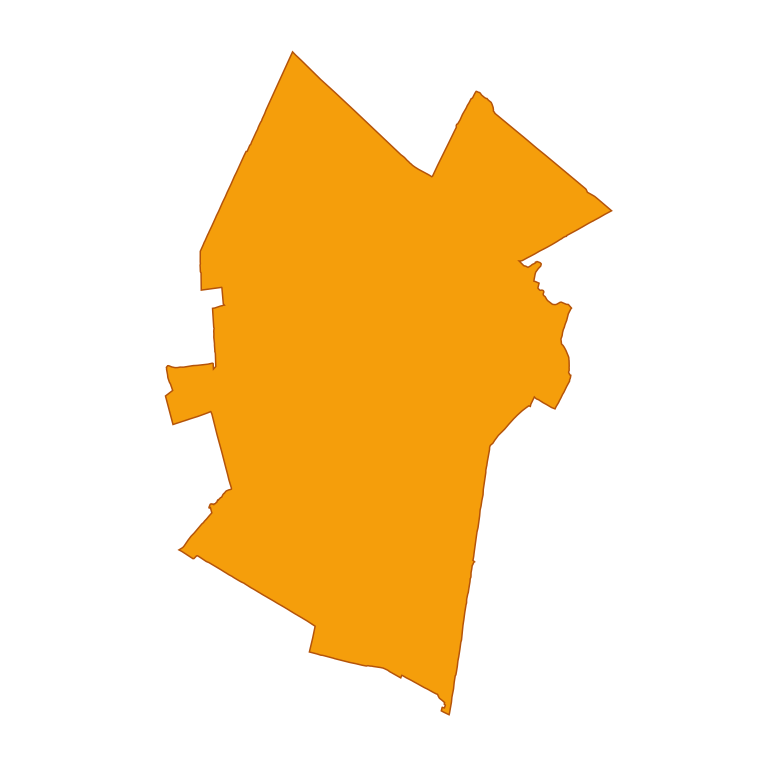 the district of Punghina, Mehedinti, Romania, rotated 93°
{"feature_id": "2599482B36454738033803", "entity_name": "Punghina", "entity_type": "district", "adm_level": 2, "iso_a3": "ROU", "parent_name": "Romania", "parent_adm1": "Mehedinti", "projection": "robinson", "projection_center": [22.945, 44.308], "detail": "fine", "context": "isolated", "style": "filled", "palette": "amber", "viewbox_px": 768, "rotation_deg": 93, "n_neighbors": 0, "source": "geoboundaries", "source_scale": "gbopen_adm2", "svg_char_len": 6134}
<svg xmlns="http://www.w3.org/2000/svg" viewBox="0 0 768 768"><g transform="rotate(93 384 384)"><path d="M568.3,564.7L565.6,562.3L565.3,561.8L565.3,561.3L566.2,559.5L570.6,552.1L571.5,549.5L578.2,536.8L579.9,533.8L580.8,532.1L582.6,528.9L584.1,525.6L584.9,524.4L587.6,519.3L589.1,516.3L590.4,513.0L590.9,512.4L594.4,506.2L595.6,503.7L601.0,493.6L606.5,482.8L608.3,479.5L612.1,472.0L617.8,461.5L624.4,448.8L629.5,440.1L641.3,441.9L655.5,444.5L657.2,436.3L658.1,433.0L658.2,431.0L660.5,420.0L660.8,419.1L663.9,403.4L664.8,397.4L666.0,391.0L666.5,387.3L666.5,386.6L666.1,385.3L666.4,383.3L666.4,381.2L666.6,380.3L667.3,372.8L667.7,370.2L668.3,368.5L669.6,365.3L670.9,363.4L676.6,351.9L674.0,351.0L674.3,350.0L675.3,348.1L676.2,346.4L678.3,341.7L685.1,327.8L686.3,324.9L689.3,318.8L690.7,315.7L691.1,314.3L693.2,313.3L694.9,312.2L696.8,309.5L699.0,306.8L700.6,307.1L701.5,305.9L704.3,306.7L704.2,307.5L703.8,308.6L703.9,309.0L707.4,309.7L708.4,307.6L710.9,301.7L709.6,301.4L698.2,300.0L693.2,299.8L684.9,298.6L678.4,298.3L671.7,297.6L670.7,297.0L667.6,296.6L662.0,296.0L656.7,295.7L652.6,295.1L644.7,294.3L638.4,293.8L637.6,293.7L635.6,293.2L620.8,292.5L614.8,291.9L608.2,291.4L599.9,290.5L598.9,290.2L598.0,290.1L595.4,290.2L594.0,290.1L589.5,289.4L587.7,288.9L585.1,288.7L577.0,287.8L573.9,287.7L572.7,287.2L572.0,287.1L570.1,287.1L568.1,287.2L564.2,286.7L560.5,286.4L559.7,285.8L558.7,285.6L557.4,284.9L556.9,284.5L556.8,284.3L555.4,286.0L554.0,285.7L551.4,285.4L548.2,285.2L526.9,283.4L522.6,282.6L510.8,281.6L504.7,281.4L500.8,280.7L495.4,280.2L489.5,279.3L484.0,279.3L467.2,277.7L464.8,277.8L461.1,277.3L460.2,277.1L456.6,276.8L444.2,275.2L441.5,275.2L440.3,274.8L439.7,274.6L437.5,272.2L434.6,270.6L429.3,267.1L422.7,261.1L417.7,257.3L412.0,252.7L408.0,249.1L403.4,244.5L400.4,241.0L398.2,238.2L398.7,236.7L396.5,236.3L389.1,233.2L390.0,232.2L390.8,231.1L391.3,230.0L391.4,229.2L394.3,224.2L395.9,220.8L398.7,215.5L399.9,211.9L397.5,210.9L393.4,208.7L391.4,207.9L388.4,206.5L385.2,205.2L382.8,203.9L377.0,201.5L371.6,198.9L371.1,198.8L370.1,198.9L369.0,198.4L367.5,198.1L365.5,197.9L365.3,198.4L365.3,198.7L365.0,199.0L364.3,199.3L364.0,199.7L363.7,199.7L362.8,200.2L362.0,200.2L360.9,199.8L358.7,199.9L358.0,200.0L356.3,200.0L351.0,200.4L350.2,200.6L348.2,200.8L347.2,201.1L341.1,204.0L337.8,206.0L336.1,207.3L335.6,207.9L334.7,208.8L333.8,209.0L332.9,209.1L330.3,209.6L329.6,209.6L327.4,208.9L326.1,208.6L323.4,208.4L320.4,207.8L317.9,206.9L315.1,206.3L310.9,204.9L304.3,203.6L299.3,201.4L298.4,200.7L295.0,204.0L294.9,204.3L294.9,206.0L293.0,211.2L293.1,211.9L293.2,212.4L295.2,215.5L295.6,216.4L295.8,217.4L295.7,218.8L295.7,219.5L295.3,220.4L292.2,224.9L291.1,225.9L288.4,227.6L287.2,229.3L285.8,229.8L283.8,229.2L283.0,229.4L282.4,229.9L282.1,230.5L282.0,231.5L282.3,232.9L282.0,233.5L280.5,235.1L280.2,235.3L279.2,235.2L275.2,234.4L273.8,238.1L273.4,239.7L272.1,239.6L266.2,238.8L264.3,238.3L260.6,235.9L258.1,233.7L256.3,233.3L255.8,233.3L255.4,233.6L254.6,234.6L253.7,237.6L254.2,238.1L254.2,238.7L254.5,239.2L255.1,239.1L256.5,241.3L256.7,242.0L258.2,243.6L260.0,246.3L258.9,248.6L258.8,249.5L258.5,250.6L254.1,255.5L254.1,254.8L254.0,253.9L253.4,252.2L250.2,247.0L248.9,244.7L246.0,239.9L243.4,236.0L239.1,228.6L235.9,223.5L232.5,218.4L230.8,216.1L229.7,214.3L228.3,212.6L227.2,210.7L227.1,210.3L227.1,209.9L226.9,209.5L226.1,209.2L219.7,198.7L212.7,187.9L206.6,177.8L203.0,172.3L199.1,165.8L187.8,180.5L185.6,183.5L181.9,190.9L179.0,192.4L178.2,193.3L154.4,225.0L146.4,235.7L140.4,244.0L132.0,255.0L107.8,287.6L107.0,287.8L105.9,289.0L104.2,289.1L102.1,289.5L99.1,290.7L97.2,291.7L95.0,294.7L93.5,296.1L93.4,297.3L92.5,298.8L90.4,301.6L88.4,303.2L87.9,303.9L87.8,304.8L87.0,306.7L87.1,307.1L87.0,307.3L87.7,307.8L90.1,309.0L91.3,309.5L93.8,310.6L94.5,311.9L98.7,313.8L101.4,315.3L104.4,316.5L110.6,319.7L116.4,321.9L120.5,324.1L120.9,325.0L122.3,325.4L123.9,325.2L128.0,327.0L139.6,331.9L162.6,341.8L173.9,346.4L174.5,347.1L172.9,350.0L167.9,360.6L165.8,364.4L164.2,366.9L162.5,368.9L161.9,369.9L160.9,370.8L159.3,372.8L157.4,374.7L156.2,376.1L154.1,379.2L112.8,427.6L95.3,448.4L83.2,463.2L65.1,483.6L60.1,489.5L57.1,492.7L116.7,516.2L120.2,517.3L125.6,519.5L127.1,519.9L128.2,520.3L128.8,520.8L131.9,522.1L134.2,523.0L136.1,523.5L139.0,524.8L149.3,528.9L151.9,529.7L152.5,530.5L158.8,532.8L159.0,533.9L163.2,535.7L180.3,542.4L184.4,544.2L192.7,547.3L200.7,550.6L205.1,552.2L211.0,554.7L220.0,558.1L225.1,560.3L226.3,560.7L232.5,563.1L233.4,563.5L234.3,563.8L241.1,566.6L242.5,567.1L244.0,567.8L250.6,570.3L251.8,570.9L254.7,571.9L261.1,574.4L271.7,573.9L273.2,573.7L274.0,573.7L274.8,573.9L277.5,573.6L281.1,573.3L281.8,573.1L282.7,572.5L299.8,571.4L296.0,551.2L296.5,550.9L312.2,548.7L312.9,548.2L313.6,547.6L313.8,548.8L314.2,549.5L314.7,551.3L317.0,557.1L317.4,559.2L335.5,557.1L336.3,557.0L337.3,556.5L338.0,556.7L340.4,556.8L342.8,556.5L346.2,556.4L352.5,555.4L354.4,555.3L359.8,554.6L360.0,554.7L362.3,554.0L375.4,552.9L378.0,555.1L372.5,555.7L372.3,556.1L372.2,556.6L373.4,560.8L375.2,571.6L375.6,575.5L377.7,585.2L377.8,588.5L378.4,591.0L378.6,593.5L378.1,596.7L377.0,600.0L377.1,601.0L378.8,602.2L379.2,602.0L380.8,601.9L386.2,600.6L388.3,600.3L389.7,599.9L393.4,598.4L395.3,597.2L401.5,594.7L407.4,601.6L435.5,592.6L429.0,575.9L425.8,567.4L422.0,558.5L420.6,555.6L420.8,555.4L423.3,554.2L443.3,548.1L460.2,542.5L475.8,537.6L482.6,535.4L488.0,533.8L496.0,530.9L497.0,530.9L497.5,532.2L497.9,533.6L499.0,535.8L499.6,536.5L500.1,536.8L501.6,537.8L501.6,538.1L502.6,538.9L503.4,539.3L505.5,540.2L505.8,540.9L506.6,541.8L507.4,542.4L508.3,543.4L508.5,543.4L508.4,543.8L509.0,544.2L509.4,544.2L509.7,544.5L510.7,544.7L511.0,545.3L511.8,545.8L512.4,546.4L512.6,547.4L512.8,547.7L513.3,547.7L513.3,548.0L513.0,548.5L513.0,549.3L512.7,549.5L512.9,550.8L513.3,551.3L515.9,552.2L516.2,552.1L516.4,551.9L516.5,552.0L516.6,552.3L516.8,552.3L517.0,551.9L516.9,551.6L516.5,550.9L521.7,549.2L524.7,551.6L528.2,554.2L530.5,556.2L531.8,557.0L533.3,558.6L542.7,565.7L546.1,568.7L549.9,571.3L556.5,575.3L557.9,576.5L560.4,580.1L561.8,577.1L568.4,565.7L568.3,564.7Z" fill="#f59e0b" stroke="#b45309" stroke-width="1.5"/></g></svg>